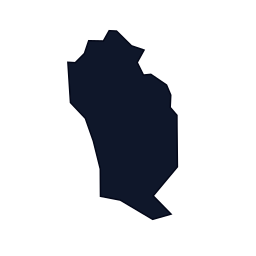 the border of Bradford, rotated 40°
{"feature_id": "GBR-5673", "entity_name": "Bradford", "entity_type": "Metropolitan Borough", "adm_level": 1, "iso_a3": "GBR", "parent_name": "United Kingdom", "parent_adm1": "", "projection": "equal_earth", "projection_center": [-1.826, 53.851], "detail": "fine", "context": "isolated", "style": "filled", "palette": "ink", "viewbox_px": 256, "rotation_deg": 40, "n_neighbors": 0, "source": "natural_earth", "source_scale": "10m", "svg_char_len": 478}
<svg xmlns="http://www.w3.org/2000/svg" viewBox="0 0 256 256"><g transform="rotate(40 128 128)"><path d="M164.6,95.4L190.8,126.0L190.9,163.8L216.3,166.3L205.6,182.1L168.4,188.2L150.8,198.0L133.1,177.2L109.7,160.2L89.1,148.0L67.6,145.5L39.7,116.3L45.6,111.9L46.7,98.9L41.8,86.4L53.2,77.2L51.0,65.6L56.9,61.1L77.8,62.8L90.2,58.0L92.9,71.9L105.8,77.5L111.0,72.2L129.9,70.3L139.6,75.3L147.1,85.1L157.3,86.8L164.6,95.4Z" fill="#0f172a" stroke="#020617" stroke-width="1.5"/></g></svg>